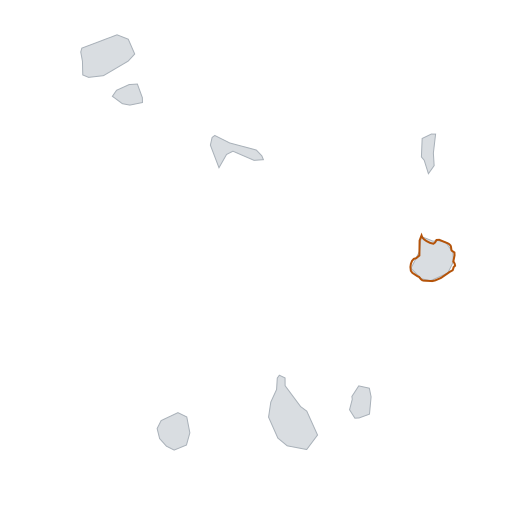 location of Boa Vista within Cabo Verde, rotated 7°
{"feature_id": "CPV-5055", "entity_name": "Boa Vista", "entity_type": "state/province", "adm_level": 1, "iso_a3": "CPV", "parent_name": "Cabo Verde", "parent_adm1": "", "projection": "robinson", "projection_center": [-22.807, 16.113], "detail": "fine", "context": "in_parent", "style": "outline", "palette": "amber", "viewbox_px": 512, "rotation_deg": 7, "n_neighbors": 0, "source": "natural_earth", "source_scale": "10m", "svg_char_len": 1795}
<svg xmlns="http://www.w3.org/2000/svg" viewBox="0 0 512 512"><g transform="rotate(7 256 256)"><path d="M338.9,426.2L329.9,441.9L310.1,440.6L299.9,434.1L288.1,414.4L288.5,399.2L292.7,386.0L292.0,374.6L293.7,371.5L299.7,373.5L300.7,381.2L318.7,400.1L325.3,403.8L338.9,426.2ZM82.6,95.6L68.1,99.1L62.0,97.4L60.0,83.8L57.2,74.9L57.8,70.9L91.1,53.4L102.8,56.4L111.0,70.3L105.4,78.1L82.6,95.6ZM417.5,216.5L429.9,219.7L434.6,218.5L442.5,219.2L451.0,228.2L452.6,237.7L448.4,249.6L431.9,259.4L422.5,258.3L411.3,249.3L417.7,231.7L417.5,216.5ZM210.0,452.1L198.4,458.6L190.3,455.7L182.6,449.0L178.9,439.3L181.9,430.9L197.6,421.0L206.9,424.2L211.9,439.6L210.0,452.1ZM243.4,150.8L249.6,155.9L251.6,159.5L242.4,161.3L220.3,154.8L214.4,158.8L208.5,172.9L197.2,151.5L198.0,143.7L200.4,141.4L216.1,147.0L243.4,150.8ZM378.0,404.2L373.9,404.9L367.6,397.2L369.0,386.5L368.3,383.7L373.8,372.4L384.6,373.4L387.4,381.8L387.9,399.1L378.0,404.2ZM124.6,117.5L112.4,121.6L104.8,121.1L94.0,115.0L97.4,108.5L109.2,101.3L117.3,99.8L123.9,112.7L124.6,117.5ZM421.8,144.6L417.1,153.3L411.3,140.5L408.1,137.5L406.6,119.1L415.2,113.6L419.4,113.1L419.5,132.2L421.8,144.6Z" fill="#d9dde1" stroke="#a8b0b8" stroke-width="1"/><path d="M452.5,237.6L453.1,237.9L454.2,239.6L454.8,241.4L454.0,242.3L453.5,243.0L453.3,244.6L452.9,246.2L450.4,248.0L442.3,255.2L436.8,258.4L434.1,259.4L425.5,260.0L424.0,259.8L422.5,258.9L420.4,256.9L418.7,256.4L413.3,253.7L411.5,251.8L410.6,248.1L410.7,244.9L411.5,241.8L413.0,239.6L415.2,238.7L418.1,235.6L416.5,220.7L417.8,215.4L418.4,216.6L419.0,217.5L420.8,219.0L423.4,220.4L427.2,221.8L430.6,222.2L432.1,220.7L433.2,218.1L435.9,217.6L444.7,220.0L446.3,220.7L447.8,221.9L448.4,223.1L449.3,226.4L449.9,227.0L452.5,228.3L453.0,231.1L452.5,237.6Z" fill="none" stroke="#b45309" stroke-width="2"/></g></svg>